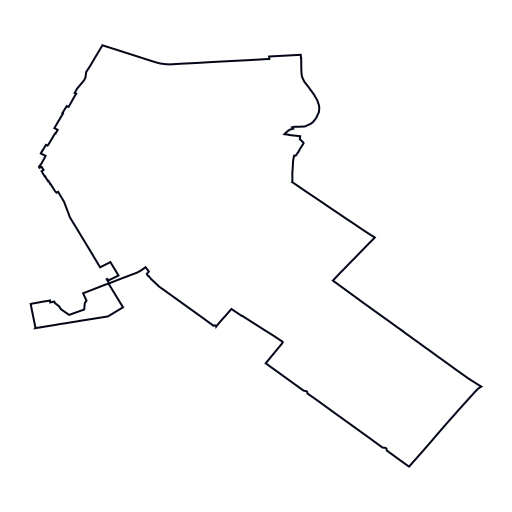 outline of Popesti Leordeni, Ilfov, Romania
{"feature_id": "2599482B19564761828929", "entity_name": "Popesti Leordeni", "entity_type": "district", "adm_level": 2, "iso_a3": "ROU", "parent_name": "Romania", "parent_adm1": "Ilfov", "projection": "natural_earth1", "projection_center": [26.205, 44.348], "detail": "fine", "context": "isolated", "style": "outline", "palette": "ink", "viewbox_px": 512, "rotation_deg": 0, "n_neighbors": 0, "source": "geoboundaries", "source_scale": "gbopen_adm2", "svg_char_len": 4917}
<svg xmlns="http://www.w3.org/2000/svg" viewBox="0 0 512 512"><path d="M80.3,320.8L94.2,318.6L108.0,316.4L112.8,313.5L123.0,307.3L108.6,283.7L111.0,282.6L112.5,282.0L114.2,281.4L115.3,280.9L119.2,279.4L124.6,277.3L127.9,276.1L131.7,274.6L136.7,272.8L141.1,270.4L145.6,267.2L148.8,271.6L146.8,273.9L147.9,275.8L148.7,276.1L150.6,278.4L150.9,278.8L151.3,279.2L157.9,285.4L158.6,286.2L202.5,317.7L213.5,325.8L213.9,325.6L214.2,325.4L214.7,325.4L215.4,325.5L215.9,325.7L216.1,326.0L216.2,326.6L217.7,324.6L222.7,318.8L224.5,316.9L231.4,309.0L241.7,315.9L242.1,315.8L252.3,322.3L262.8,329.0L273.5,335.7L282.6,341.8L282.7,342.4L282.1,343.4L265.7,363.3L303.4,390.5L304.0,390.7L305.1,391.0L305.6,391.0L305.9,391.0L306.6,391.3L307.1,391.7L307.2,392.1L307.3,393.2L307.6,393.6L317.2,400.3L334.1,412.6L367.5,436.6L381.0,446.5L382.2,447.3L383.0,447.7L383.9,447.7L385.4,447.9L386.2,448.4L386.5,448.9L386.7,450.0L386.9,450.6L389.0,452.2L393.9,455.7L394.4,456.1L405.3,464.0L408.3,466.1L409.0,466.6L410.6,464.9L411.1,464.4L412.5,462.7L416.1,458.7L419.0,455.4L419.7,454.6L420.1,454.2L432.2,440.3L436.5,435.2L438.9,432.4L439.4,431.8L442.9,427.8L448.9,420.9L455.5,413.6L456.1,412.8L459.5,409.0L461.4,406.9L463.5,404.6L463.8,404.2L464.7,403.2L466.3,401.5L467.7,399.9L470.0,397.3L471.3,395.9L471.7,395.5L472.7,394.4L473.5,393.5L473.9,393.1L474.3,392.6L475.4,391.4L475.6,391.1L475.9,390.9L476.0,390.7L476.4,390.4L476.6,390.2L477.0,389.7L477.6,389.2L478.0,388.8L478.2,388.6L481.3,386.6L479.3,385.4L475.0,382.7L471.9,380.7L469.6,379.3L467.4,377.8L466.0,376.8L465.2,376.2L461.1,373.3L457.1,370.5L451.2,366.2L449.7,365.1L443.2,360.4L439.3,357.6L438.1,356.8L433.2,353.2L427.7,349.2L425.2,347.5L422.0,345.1L419.6,343.4L419.0,342.9L417.7,342.0L411.9,337.9L411.2,337.3L408.1,335.1L406.4,333.9L404.2,332.3L403.9,332.0L403.8,331.9L403.6,331.8L403.6,331.7L401.5,330.3L400.9,329.8L400.7,329.7L399.8,329.0L396.9,327.0L396.8,326.9L387.7,320.3L381.9,316.2L375.1,311.3L368.2,306.3L363.7,303.1L347.8,291.5L332.9,280.6L339.1,274.0L341.4,271.6L342.4,270.7L347.2,265.7L348.0,264.9L351.8,261.0L352.9,259.9L353.8,259.0L358.4,254.3L358.5,254.1L362.0,250.6L364.6,247.9L369.5,242.8L370.4,242.0L373.2,239.2L374.8,237.5L370.4,234.7L367.5,232.9L366.6,232.3L366.1,232.0L365.7,231.7L361.8,229.1L360.0,227.9L351.1,221.9L346.5,218.9L337.4,212.7L337.2,212.6L335.0,211.1L328.3,206.6L318.2,199.7L307.0,192.2L299.8,187.3L295.9,184.6L292.2,182.1L292.3,182.0L292.4,178.6L292.4,177.1L292.3,173.1L292.8,166.8L293.0,162.0L293.0,161.9L293.0,161.6L293.1,161.1L293.1,160.9L293.2,160.7L293.3,160.2L293.3,159.9L293.3,159.6L293.4,159.1L293.6,158.1L294.1,155.7L295.8,155.6L297.8,152.7L298.4,152.0L298.6,151.6L299.5,149.8L300.2,148.6L301.1,147.1L301.8,146.1L303.3,143.8L303.6,143.0L303.4,142.6L299.8,139.1L300.2,136.2L299.4,136.1L289.0,135.0L288.7,134.7L284.4,134.2L285.2,133.3L288.4,130.5L290.6,129.4L293.2,128.7L292.1,127.3L294.0,126.9L296.2,126.7L298.3,126.8L301.4,126.6L303.3,126.6L305.1,126.4L306.4,125.8L308.9,124.6L310.6,123.9L312.7,122.3L314.4,120.4L316.4,117.6L318.9,112.1L319.3,108.2L318.9,105.1L318.3,103.4L317.4,100.7L316.8,99.4L315.0,96.5L314.6,95.5L310.9,90.3L310.4,89.8L309.4,88.2L304.4,81.8L302.6,78.2L301.8,75.9L301.4,71.9L301.2,62.2L301.2,58.0L300.9,57.9L300.9,56.8L300.7,54.8L269.1,56.5L269.1,56.8L269.3,59.0L266.2,59.1L257.9,59.6L245.6,60.3L243.5,60.4L220.1,61.6L209.0,62.2L199.6,62.8L189.9,63.3L181.4,63.7L174.7,64.1L169.7,64.4L165.5,64.2L164.5,64.0L162.4,63.8L161.1,63.6L159.8,63.4L155.1,62.1L145.6,59.1L138.2,56.7L102.4,45.3L102.3,45.5L102.2,45.7L101.6,46.7L95.4,57.0L89.8,66.5L86.1,72.1L86.1,73.1L85.4,77.6L84.5,79.4L83.9,80.5L79.0,86.4L77.0,88.7L74.7,93.1L76.2,93.7L74.1,97.1L71.2,102.3L68.5,107.0L66.7,106.1L62.4,113.1L63.0,113.4L62.7,114.1L60.3,118.0L59.5,119.4L59.3,119.8L58.6,120.9L57.3,123.1L54.4,128.1L57.7,129.9L55.7,133.4L55.4,133.2L54.8,134.0L54.3,134.7L53.9,135.4L52.5,137.7L52.5,137.8L52.1,138.4L48.2,144.9L47.6,145.6L46.0,144.8L42.1,151.3L42.0,151.2L41.5,152.1L40.8,153.5L45.6,155.9L44.9,157.2L44.3,158.5L43.6,159.6L43.3,160.2L42.2,162.2L41.8,163.0L41.4,163.6L40.4,164.9L40.3,165.1L38.9,166.8L39.5,167.8L41.5,166.9L41.7,167.2L41.8,167.2L43.5,169.9L41.6,171.2L41.9,171.7L42.3,172.4L42.4,172.6L44.7,176.4L45.0,176.2L48.0,181.2L48.5,180.9L50.2,184.0L50.5,183.9L55.1,191.3L56.6,192.7L58.1,191.8L64.1,201.9L69.9,217.3L87.4,246.1L100.1,267.3L110.4,262.1L118.5,275.5L109.6,279.9L108.7,280.0L108.4,279.9L107.1,278.9L106.7,279.2L109.1,283.3L107.1,284.1L106.1,284.4L104.9,284.8L83.1,293.3L86.5,300.7L84.8,303.0L84.2,309.5L69.1,314.9L60.9,309.2L59.1,306.3L54.8,303.0L54.3,301.6L50.3,302.4L50.0,300.4L49.9,300.4L49.6,300.5L48.7,300.8L44.5,301.4L41.3,301.9L38.4,302.5L32.2,303.6L30.7,303.9L31.1,306.2L33.1,316.2L35.1,325.9L35.2,326.5L35.4,327.5L35.1,328.2L35.6,328.1L36.9,327.9L38.7,327.6L39.0,327.6L45.5,326.5L55.5,324.9L60.9,323.9L64.6,323.4L65.7,323.2L72.6,322.1L79.4,321.0L79.5,320.9L80.2,320.8L80.3,320.8Z" fill="none" stroke="#020617" stroke-width="2"/></svg>